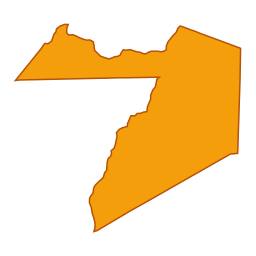 outline of Sítio Novo do Tocantins, Tocantins, Brazil
{"feature_id": "56859067B78614603253170", "entity_name": "Sítio Novo do Tocantins", "entity_type": "district", "adm_level": 2, "iso_a3": "BRA", "parent_name": "Brazil", "parent_adm1": "Tocantins", "projection": "albers", "projection_center": [-47.721, -5.652], "detail": "fine", "context": "isolated", "style": "filled", "palette": "amber", "viewbox_px": 256, "rotation_deg": 0, "n_neighbors": 0, "source": "geoboundaries", "source_scale": "gbopen_adm2", "svg_char_len": 1559}
<svg xmlns="http://www.w3.org/2000/svg" viewBox="0 0 256 256"><path d="M93.9,231.6L97.1,230.6L130.1,211.0L150.4,199.6L194.6,174.4L200.5,171.1L202.9,169.7L211.4,164.8L230.5,154.0L237.6,153.4L237.8,150.1L238.4,130.1L240.0,80.7L240.6,48.3L199.5,33.1L194.9,31.2L191.2,30.0L182.8,26.8L180.0,26.0L177.9,28.3L176.1,32.5L172.7,35.9L170.1,39.2L167.8,42.2L166.3,46.1L166.3,49.6L163.9,51.2L160.9,51.8L157.9,51.2L154.9,51.2L151.4,51.2L148.2,52.4L145.4,54.0L142.7,53.5L140.0,52.2L137.4,51.9L133.8,50.9L130.2,49.6L126.5,50.2L123.3,49.8L121.5,52.2L120.4,54.9L117.8,56.3L114.9,56.7L111.7,58.0L109.0,59.0L100.7,56.3L97.8,53.5L94.6,50.3L94.0,45.3L93.2,41.7L90.0,40.0L86.4,40.1L83.1,39.1L79.6,37.8L76.4,36.1L72.9,34.7L68.6,35.0L66.6,32.7L66.8,28.3L68.2,24.5L64.5,24.4L59.8,26.3L56.5,28.9L56.0,31.7L53.9,34.4L52.6,38.1L51.5,41.2L48.0,43.7L44.8,43.4L43.1,45.6L41.1,48.7L15.4,80.5L19.1,80.0L65.3,79.0L97.6,78.3L100.4,78.2L103.6,78.2L107.2,78.1L118.1,77.8L122.9,77.8L159.3,77.2L156.9,79.3L155.3,87.1L153.1,89.5L151.7,92.5L150.6,95.2L150.7,99.1L148.7,103.6L147.4,107.1L146.9,111.7L143.7,112.1L140.5,113.3L137.1,113.5L135.1,115.8L130.9,115.7L129.1,120.1L127.6,123.4L127.2,126.5L122.6,127.7L119.3,129.3L116.4,132.7L117.1,135.9L116.3,139.8L115.4,144.3L114.1,148.3L111.1,150.7L111.5,153.4L110.6,156.4L108.3,158.2L107.2,162.1L107.0,164.8L106.6,170.4L104.6,172.7L103.3,177.5L99.1,181.3L95.1,185.3L93.7,188.1L92.9,193.4L90.8,195.8L89.6,198.4L89.4,202.7L91.2,207.1L92.2,213.1L93.8,218.1L94.8,221.9L95.1,225.3L94.8,228.5L93.9,231.6Z" fill="#f59e0b" stroke="#b45309" stroke-width="1.5"/></svg>